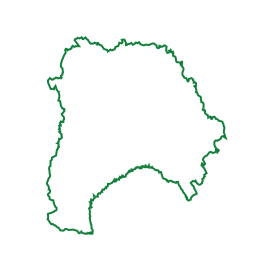 the district of Ihosy, Ihorombe, Madagascar, rotated 350°
{"feature_id": "10022922B7074189327891", "entity_name": "Ihosy", "entity_type": "district", "adm_level": 2, "iso_a3": "MDG", "parent_name": "Madagascar", "parent_adm1": "Ihorombe", "projection": "natural_earth1", "projection_center": [45.83, -22.367], "detail": "fine", "context": "isolated", "style": "outline", "palette": "green", "viewbox_px": 256, "rotation_deg": 350, "n_neighbors": 0, "source": "geoboundaries", "source_scale": "gbopen_adm2", "svg_char_len": 5787}
<svg xmlns="http://www.w3.org/2000/svg" viewBox="0 0 256 256"><g transform="rotate(350 128 128)"><path d="M162.7,49.9L159.9,48.9L158.3,49.4L156.8,48.9L154.6,47.5L154.1,45.9L153.7,45.4L152.1,46.2L150.5,45.2L148.8,46.5L147.2,46.8L145.9,44.8L144.3,45.4L142.4,45.3L141.6,45.9L140.3,46.0L140.7,43.6L139.9,40.4L137.9,40.0L137.2,40.1L137.6,42.4L136.7,43.4L136.1,43.5L134.2,42.5L132.7,45.6L129.8,46.0L128.6,48.1L125.8,48.8L124.3,47.7L121.4,49.2L120.9,47.4L118.2,46.2L116.2,42.1L114.1,41.0L113.4,39.1L112.7,38.9L112.0,40.3L110.2,38.2L108.3,38.8L106.0,38.5L105.2,37.9L105.1,36.9L104.3,35.8L103.9,34.3L102.5,33.0L101.9,31.5L99.1,32.7L98.6,32.4L98.6,31.2L98.1,30.7L95.5,31.3L94.0,30.4L93.3,31.0L91.2,31.4L90.7,32.2L94.1,39.0L90.5,38.3L89.4,38.9L87.8,37.5L86.5,38.5L86.6,39.3L85.1,40.4L83.9,40.3L82.1,41.0L81.5,39.6L80.7,39.2L79.7,40.1L79.9,41.7L79.5,43.3L77.7,45.3L74.8,49.8L73.0,53.5L72.6,55.8L73.8,58.2L73.6,62.2L73.1,62.5L72.4,64.3L71.0,65.0L70.9,65.9L71.4,66.9L70.6,67.5L68.8,66.8L67.2,66.9L66.6,66.0L65.7,65.8L64.4,66.6L63.4,66.6L62.5,67.3L61.5,67.2L59.9,65.3L57.4,67.3L57.2,69.4L58.7,76.2L60.8,76.3L61.8,77.0L62.6,75.3L63.9,74.0L64.5,78.1L65.7,80.3L66.1,80.5L65.8,80.8L66.1,83.9L65.7,85.7L64.2,88.9L65.8,89.7L65.8,94.4L66.7,97.2L67.5,97.6L67.9,98.5L68.5,98.4L68.4,100.1L66.2,102.1L65.4,102.4L65.1,103.3L66.7,106.2L66.6,108.1L65.6,109.4L65.4,110.9L64.0,110.8L63.1,109.9L61.7,111.5L61.6,112.6L62.3,113.0L62.3,114.0L60.6,114.0L60.7,116.1L60.0,117.0L60.7,117.1L60.3,118.6L60.6,119.8L59.7,119.9L61.6,123.1L61.2,123.5L61.3,125.8L59.5,127.1L58.3,126.7L58.2,127.9L57.1,129.2L57.2,129.9L56.1,130.6L56.7,130.7L56.8,132.5L56.3,133.5L56.8,134.6L55.8,135.0L55.2,136.4L54.2,137.1L52.4,142.6L48.0,144.0L47.3,146.2L46.0,147.0L45.1,151.9L43.8,152.7L43.1,154.8L43.3,156.0L42.9,159.6L43.2,160.8L42.8,162.3L41.2,163.7L38.5,168.4L38.5,169.4L39.1,170.2L39.9,173.1L39.2,174.7L40.2,175.4L40.4,176.5L39.7,178.0L37.8,179.1L37.5,180.2L38.7,182.4L38.5,184.3L40.1,185.7L41.9,186.3L41.9,189.1L42.7,192.8L43.7,194.0L43.7,195.3L43.0,196.7L41.2,197.0L40.2,197.8L34.2,198.7L33.8,202.9L33.0,203.7L35.7,209.4L37.0,209.3L38.6,211.1L39.6,211.3L40.7,213.1L42.4,214.3L43.6,217.1L46.8,217.9L48.3,216.7L49.6,216.7L52.2,218.2L56.2,218.5L59.9,220.3L61.4,223.1L64.1,221.9L64.1,223.1L66.8,224.4L67.7,224.4L68.3,225.0L69.1,225.0L70.2,224.2L71.7,225.4L73.0,225.6L72.1,224.6L73.5,224.3L74.0,224.6L74.2,225.6L74.7,225.6L75.5,222.8L74.7,220.2L75.1,216.8L74.6,215.8L74.9,214.9L74.6,213.4L74.7,209.4L75.5,208.6L75.3,205.8L75.9,204.4L76.0,201.5L75.7,200.6L76.5,199.6L77.8,200.1L78.4,199.8L77.5,197.4L78.7,196.3L78.1,196.0L77.9,195.2L78.6,195.7L79.0,195.4L78.6,193.9L79.3,192.1L80.4,193.3L81.0,193.2L81.3,192.2L82.9,191.3L82.8,188.9L83.4,189.8L86.3,190.4L86.6,188.4L87.1,187.6L87.9,187.2L89.2,187.8L90.1,186.5L91.5,186.5L91.5,185.2L92.2,184.2L93.6,184.6L94.6,183.4L96.0,183.6L96.3,182.1L97.9,182.0L98.6,179.5L100.1,179.9L102.8,179.2L104.8,177.5L105.8,178.5L106.1,178.1L105.7,177.3L105.9,176.5L107.1,178.1L107.5,177.8L107.2,176.8L107.5,176.4L110.2,177.3L110.5,175.9L111.9,176.0L111.8,174.7L113.3,175.2L114.1,173.8L114.9,174.4L115.0,175.5L117.2,175.4L118.0,173.5L119.3,172.9L120.3,171.7L121.1,171.7L121.3,171.0L121.9,171.5L122.5,170.2L123.8,171.1L125.0,170.9L124.7,169.6L125.6,170.0L127.9,169.7L128.6,168.5L129.6,168.8L130.4,168.0L131.1,168.6L132.2,168.6L132.5,169.7L133.5,169.9L134.2,168.7L134.7,169.5L135.4,168.2L136.0,168.0L136.9,169.2L138.0,169.3L138.7,167.9L139.5,168.7L138.8,169.7L141.3,170.0L142.1,168.7L142.2,170.8L143.1,170.6L144.0,171.2L144.9,170.5L145.4,171.8L146.6,172.6L147.8,174.3L150.4,174.9L150.8,176.3L151.4,176.6L151.1,177.2L152.8,177.1L153.6,183.2L154.4,184.1L156.3,184.8L156.8,186.1L157.3,186.1L157.4,187.2L158.5,188.1L159.4,187.1L161.7,187.6L162.9,189.2L163.8,189.1L165.7,190.4L166.7,189.5L167.9,189.8L168.1,192.7L169.2,195.0L169.6,197.2L170.8,198.6L171.0,200.3L173.2,204.6L173.5,205.5L173.1,205.2L172.9,205.6L173.8,207.8L173.6,208.5L175.1,210.0L177.2,209.5L178.2,207.4L179.9,206.1L181.1,205.4L183.9,204.9L184.3,204.3L184.0,204.0L184.0,202.4L182.8,199.4L182.5,196.9L181.6,195.8L180.3,192.9L182.8,191.4L184.5,192.3L185.3,191.6L186.5,194.7L188.1,196.1L188.8,196.4L191.2,195.3L191.5,194.2L192.3,193.6L192.4,191.1L193.7,190.8L194.3,189.4L195.2,189.1L194.8,187.5L197.6,186.1L196.0,180.8L193.9,177.5L194.8,175.8L196.5,177.7L197.7,176.6L196.3,172.4L196.6,171.3L198.7,169.4L201.1,168.7L203.9,166.1L205.4,165.9L207.1,167.3L209.4,167.1L210.6,166.4L210.7,165.5L211.4,166.1L211.7,167.5L213.5,165.8L211.2,163.3L210.3,160.9L210.2,159.1L210.7,156.6L212.1,155.5L214.0,156.1L214.4,155.6L216.1,155.4L217.7,154.4L218.2,153.1L219.9,152.4L222.5,154.8L221.6,148.6L223.0,144.5L223.0,143.7L222.5,143.1L222.7,141.2L221.9,138.1L218.5,136.5L217.7,135.0L216.0,134.2L215.8,132.9L215.0,132.0L213.2,131.9L213.1,132.7L212.1,133.7L211.4,133.3L211.4,132.1L210.9,131.0L210.1,131.3L210.2,131.7L209.2,131.2L208.8,131.5L208.8,129.2L207.3,128.0L206.4,126.4L207.0,124.5L206.6,123.8L205.5,123.8L204.8,122.9L205.8,121.7L206.6,117.6L206.4,116.4L204.7,115.1L205.1,114.5L204.6,112.8L205.1,110.9L204.9,109.8L202.9,108.2L202.1,105.0L201.1,104.5L202.0,102.8L201.6,99.7L201.9,99.1L201.1,99.2L200.7,98.4L201.8,98.3L202.7,96.6L202.6,95.2L202.2,94.8L200.6,94.8L200.9,93.3L200.3,92.4L200.6,91.5L199.1,89.9L196.5,90.2L195.8,92.3L195.3,92.6L194.8,92.1L194.0,89.1L192.0,88.1L191.9,87.1L190.9,85.6L191.1,83.0L192.9,80.0L192.9,78.5L191.7,76.4L192.8,72.4L192.5,72.0L192.0,72.2L191.6,74.1L190.9,74.5L190.8,73.1L190.1,72.4L187.6,71.6L187.1,71.0L187.1,66.4L186.4,65.5L185.3,65.2L184.9,64.5L185.7,62.0L185.6,61.0L184.6,61.5L183.5,58.6L182.9,59.4L182.0,59.2L182.5,60.5L179.8,60.9L179.0,58.1L180.1,54.6L178.3,52.9L175.7,53.9L174.6,53.8L174.0,52.8L173.1,52.5L172.9,54.2L171.9,54.8L170.4,53.8L170.4,51.7L168.4,49.4L166.8,49.0L162.7,49.9Z" fill="none" stroke="#15803d" stroke-width="2"/></g></svg>